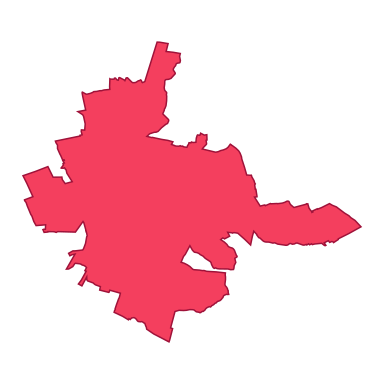 outline of Banca, Vaslui, Romania
{"feature_id": "2599482B8370151294512", "entity_name": "Banca", "entity_type": "district", "adm_level": 2, "iso_a3": "ROU", "parent_name": "Romania", "parent_adm1": "Vaslui", "projection": "robinson", "projection_center": [27.822, 46.347], "detail": "fine", "context": "isolated", "style": "filled", "palette": "rose", "viewbox_px": 384, "rotation_deg": 0, "n_neighbors": 0, "source": "geoboundaries", "source_scale": "gbopen_adm2", "svg_char_len": 5903}
<svg xmlns="http://www.w3.org/2000/svg" viewBox="0 0 384 384"><path d="M228.7,294.4L228.2,292.4L228.2,290.7L227.7,289.8L227.4,288.6L226.7,287.3L225.3,285.7L224.9,284.3L225.5,279.6L225.5,276.9L225.2,274.9L225.4,272.9L216.4,271.9L206.6,271.3L204.0,270.5L202.4,270.6L199.5,270.1L194.1,269.7L192.8,269.3L189.9,266.5L187.3,264.8L184.1,263.2L181.1,262.3L183.5,256.5L185.3,254.3L189.9,245.7L192.4,250.1L193.8,251.7L194.5,252.2L197.2,252.7L199.1,253.6L200.2,254.6L203.0,256.1L205.3,258.4L210.1,261.5L211.0,262.5L211.6,264.6L213.1,267.5L214.2,268.4L215.6,267.9L217.0,268.6L219.4,268.9L228.1,269.0L230.7,269.7L233.5,269.5L233.9,268.3L234.2,265.6L235.8,262.5L234.8,258.3L236.9,257.0L237.1,256.2L236.4,255.4L234.4,250.2L233.3,248.8L232.4,248.1L229.8,247.3L228.3,246.5L226.9,244.4L224.4,242.1L220.7,239.6L222.6,238.0L223.8,238.3L224.5,238.9L229.7,236.2L227.7,232.3L231.9,232.8L232.4,233.1L233.6,232.7L234.8,232.7L237.8,233.2L244.7,239.3L250.6,245.0L252.4,236.2L253.8,231.2L255.4,233.0L256.8,234.3L256.6,234.7L258.7,237.6L260.0,238.1L262.9,240.8L264.2,241.6L265.6,242.0L268.9,242.1L272.9,243.1L274.8,242.8L277.7,244.1L286.1,245.3L287.7,245.0L289.6,243.6L290.7,243.5L292.3,244.2L294.5,243.9L295.8,243.2L297.1,243.0L303.1,245.1L304.8,245.0L306.2,244.4L306.8,245.0L308.6,243.8L309.6,244.8L311.6,243.8L312.3,244.6L314.6,244.0L321.7,243.3L324.2,245.3L325.1,245.7L325.9,245.3L324.2,242.8L328.3,240.7L329.7,242.4L331.8,241.5L333.0,241.8L333.6,242.6L338.3,239.5L338.3,238.8L348.9,233.5L361.0,226.8L355.0,220.4L350.9,217.7L348.9,215.7L344.6,213.1L336.4,206.9L332.4,205.3L329.5,203.6L321.5,207.6L317.4,209.2L317.2,208.8L313.3,210.6L312.5,211.0L312.9,211.9L311.9,212.4L311.6,211.4L310.3,210.0L309.0,208.0L308.1,204.8L307.7,204.3L307.8,203.9L306.7,203.7L306.5,203.8L306.6,204.1L293.9,207.5L290.7,204.7L289.9,203.6L289.2,201.9L288.7,201.3L287.8,201.1L286.9,201.2L285.0,202.2L282.3,203.1L277.4,203.7L277.1,203.5L270.9,203.8L270.4,203.5L265.5,205.6L265.3,205.2L264.6,205.3L264.4,205.0L260.2,206.1L254.5,197.1L257.0,196.8L257.0,196.3L255.9,189.3L255.3,189.3L254.7,184.9L255.3,183.9L254.7,183.0L254.0,180.6L251.8,176.8L251.6,175.8L251.2,175.1L250.4,175.3L246.7,175.0L244.5,167.3L241.8,159.0L241.5,156.8L240.1,153.2L238.7,150.9L235.9,148.2L232.2,145.5L231.7,145.4L231.4,144.9L230.3,144.2L228.1,147.2L226.3,148.7L223.4,149.9L220.6,150.6L218.2,151.7L215.6,152.2L202.3,149.0L203.3,147.6L206.1,144.7L206.6,143.9L206.1,140.6L206.2,140.2L207.0,140.0L206.8,134.7L204.3,135.1L200.6,133.2L200.1,135.0L199.4,135.1L199.3,135.3L197.7,134.9L197.2,135.3L196.3,138.1L195.9,142.3L193.0,142.5L191.4,142.0L191.0,142.8L189.0,142.7L188.6,144.1L187.5,145.7L187.3,146.5L186.9,147.3L184.0,146.9L182.8,146.4L182.7,146.1L181.0,146.2L180.2,145.7L179.0,146.2L176.1,146.1L174.0,145.5L174.0,145.3L171.5,144.5L172.9,141.8L167.9,140.4L161.7,139.4L152.4,137.4L151.9,137.6L146.9,136.4L149.6,133.8L154.2,132.3L156.1,132.2L158.1,131.4L161.6,127.7L165.8,124.3L167.5,123.5L168.7,120.9L168.7,120.0L168.2,119.2L163.0,114.1L162.9,113.5L164.2,110.5L164.5,108.9L165.0,108.3L166.0,105.7L166.6,100.9L166.7,96.2L166.4,94.7L166.7,92.9L166.5,92.3L164.7,90.3L164.2,87.7L164.7,84.1L164.8,80.9L165.4,79.9L165.9,79.6L168.7,79.3L171.0,78.4L175.2,73.8L175.2,73.2L175.0,72.6L173.3,70.0L173.4,68.8L174.5,66.9L175.6,65.7L176.0,64.3L176.4,63.7L177.3,63.2L179.7,62.8L180.0,62.4L180.4,60.6L179.6,56.4L180.3,53.5L173.3,52.3L166.1,51.5L168.1,43.6L159.7,42.2L157.1,42.1L144.8,81.6L142.5,82.6L142.2,82.5L141.2,80.3L140.6,79.9L139.4,80.6L138.3,80.8L136.0,82.3L134.9,82.6L132.8,82.7L131.9,82.2L127.5,77.8L126.2,77.9L124.9,80.6L124.5,80.1L119.7,77.6L118.9,77.8L118.3,80.2L118.1,80.3L116.6,79.6L115.7,78.3L115.1,78.0L114.4,78.2L114.2,79.0L113.7,79.2L110.4,79.1L109.9,78.8L109.6,86.7L109.8,89.4L103.9,90.0L101.5,90.7L99.9,90.7L96.7,91.4L93.8,91.6L92.5,92.5L90.2,93.4L87.4,94.1L86.2,94.2L82.4,92.1L82.2,92.2L82.1,92.9L82.7,96.3L85.7,110.1L77.9,111.6L82.2,114.4L83.1,115.3L83.7,116.9L85.2,123.9L84.7,130.1L81.4,129.9L81.2,131.4L82.1,134.8L80.0,135.3L80.2,136.0L55.4,141.1L56.0,142.8L57.5,145.1L57.5,148.6L60.0,154.3L60.6,155.3L62.6,159.9L64.1,159.8L64.3,160.3L62.9,160.8L64.3,163.0L63.0,163.5L63.1,164.3L63.5,164.9L61.1,168.0L61.5,168.2L63.7,168.2L64.4,167.8L65.0,168.3L65.3,169.2L65.8,169.4L66.1,170.0L66.9,173.3L72.2,181.7L65.2,183.6L62.5,179.9L62.1,178.7L61.9,177.1L53.1,177.2L47.9,166.6L35.5,171.4L23.0,175.7L27.0,183.7L32.9,196.7L24.5,199.8L24.6,200.6L26.1,202.5L27.3,206.0L30.8,214.4L32.0,216.3L33.8,221.5L36.1,225.6L45.6,224.8L45.4,229.3L43.9,229.2L42.9,229.6L44.1,232.4L47.9,232.0L47.9,231.6L54.1,231.7L56.2,232.4L57.7,231.6L75.4,232.1L83.0,221.5L83.8,222.7L85.7,229.5L85.8,230.8L86.1,230.9L86.3,231.5L86.1,231.9L86.6,232.8L87.2,235.9L86.7,236.7L85.5,243.5L83.7,248.3L83.0,249.6L82.6,250.0L74.8,250.9L72.9,250.9L68.6,253.3L69.9,255.8L72.1,254.7L75.0,254.1L66.4,269.1L68.7,269.0L72.8,266.6L74.8,263.6L75.4,263.3L79.8,263.8L81.2,264.3L81.9,264.9L84.2,265.6L85.5,266.5L86.5,267.6L84.9,270.7L86.2,271.2L81.3,280.1L78.4,284.0L81.9,285.9L86.7,277.0L86.8,279.7L87.6,280.9L93.3,283.0L94.4,284.1L95.6,284.9L100.4,286.6L99.7,290.1L108.8,292.4L109.2,292.0L109.8,290.2L120.4,293.2L119.3,297.5L118.5,299.1L116.5,304.6L115.1,308.8L115.3,309.3L114.6,310.5L114.1,312.3L122.6,316.3L128.4,319.8L129.0,318.7L130.2,319.5L131.6,318.0L133.8,317.6L134.6,317.8L136.4,319.3L137.2,320.6L138.2,321.5L140.4,321.8L141.8,321.6L142.7,322.0L144.0,323.0L144.8,323.3L145.7,325.9L146.3,327.1L146.7,329.2L153.8,334.0L169.0,341.9L169.6,340.3L172.6,328.6L170.6,327.9L175.0,311.5L179.1,310.3L183.5,310.5L186.4,310.3L189.8,309.6L192.8,309.7L193.9,309.9L196.3,311.8L199.2,312.3L199.8,312.7L200.7,312.6L201.4,311.9L202.7,311.3L203.2,311.4L204.9,310.1L205.7,308.8L206.8,307.8L209.2,306.6L210.4,307.0L210.9,306.7L211.7,305.7L213.6,304.7L215.1,303.2L216.2,302.9L217.4,301.5L219.8,300.7L221.3,299.5L222.3,298.1L222.9,297.6L223.5,295.9L224.2,295.3L226.5,294.3L227.5,294.5L228.7,294.4Z" fill="#f43f5e" stroke="#9f1239" stroke-width="1.5"/></svg>